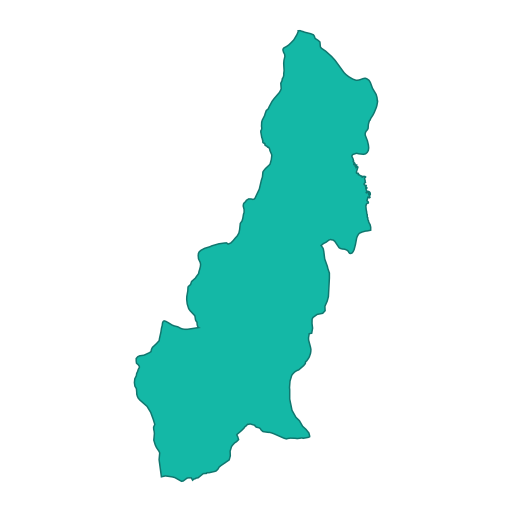 Sekadau, Kalimantan Barat, Indonesia
{"feature_id": "22746128B16160803458764", "entity_name": "Sekadau", "entity_type": "district", "adm_level": 2, "iso_a3": "IDN", "parent_name": "Indonesia", "parent_adm1": "Kalimantan Barat", "projection": "orthographic", "projection_center": [111.051, 0.054], "detail": "fine", "context": "isolated", "style": "filled", "palette": "teal", "viewbox_px": 512, "rotation_deg": 0, "n_neighbors": 0, "source": "geoboundaries", "source_scale": "gbopen_adm2", "svg_char_len": 6060}
<svg xmlns="http://www.w3.org/2000/svg" viewBox="0 0 512 512"><path d="M309.7,436.2L308.9,433.0L306.0,429.4L302.6,426.3L299.4,420.7L295.9,417.3L292.0,410.3L289.7,399.1L289.7,389.7L289.5,387.6L290.0,381.1L291.7,375.4L292.6,374.1L294.6,372.0L296.8,370.6L298.7,369.9L303.6,365.7L305.3,363.6L305.6,361.7L306.6,361.0L308.4,358.5L309.3,356.9L310.5,353.4L310.8,351.4L310.9,349.4L310.5,347.2L308.6,340.1L308.5,337.9L309.2,333.7L311.7,333.2L312.6,328.1L312.0,323.5L312.1,319.2L312.9,317.5L317.2,314.4L322.7,313.3L325.1,310.7L324.9,306.3L327.2,301.1L328.4,296.6L329.4,278.0L329.4,273.1L327.8,268.4L327.4,266.5L324.7,258.9L323.8,251.6L323.3,249.0L322.8,247.9L321.1,245.5L323.5,243.5L326.1,242.2L329.0,240.0L330.7,239.5L331.9,239.9L332.9,240.0L333.8,240.4L334.2,241.0L334.7,241.2L339.1,247.7L340.5,248.5L342.4,249.0L344.6,249.2L346.7,250.0L348.3,251.3L348.9,252.5L349.6,253.3L350.4,253.5L350.9,253.4L352.0,253.0L352.4,252.6L353.3,251.3L354.1,249.6L355.4,244.7L356.7,237.8L357.6,235.7L358.8,233.8L359.5,233.2L362.2,232.0L365.4,231.1L367.5,230.9L370.7,230.2L370.7,227.2L370.1,224.7L368.7,222.1L368.4,220.5L367.8,219.6L367.8,217.8L367.3,217.2L367.2,214.5L366.7,213.4L366.7,212.1L366.2,209.8L365.9,206.6L365.9,205.3L366.2,205.1L366.5,203.9L367.2,203.3L368.2,203.1L368.4,202.7L368.1,201.7L367.0,200.8L366.9,200.6L367.5,198.9L367.8,197.3L369.5,197.8L370.0,197.4L369.9,197.0L369.3,196.9L369.2,196.3L370.3,194.5L370.2,193.0L369.5,192.0L369.2,191.8L368.8,191.9L368.8,192.5L369.1,192.8L369.3,193.5L369.1,194.3L368.8,194.5L368.1,192.3L368.2,191.4L367.8,191.3L366.5,192.8L366.2,192.6L366.2,192.4L366.8,191.7L366.8,191.4L365.8,188.6L365.8,187.9L366.8,188.2L366.9,187.8L365.4,186.2L365.5,185.9L366.1,185.8L366.2,185.5L365.2,185.3L364.2,184.6L364.1,184.3L364.2,183.5L365.5,182.3L365.1,181.5L365.1,180.2L364.6,179.2L364.6,178.7L364.7,177.9L365.5,177.3L365.6,176.9L364.8,176.4L363.4,176.4L363.1,176.5L362.9,176.9L362.2,177.2L361.7,176.0L360.6,175.9L359.4,174.9L358.4,174.7L358.2,174.2L358.4,173.5L358.2,173.3L356.6,173.1L356.4,172.0L357.9,167.1L357.6,166.8L356.0,167.5L356.0,166.5L356.1,166.0L356.6,165.6L356.6,165.0L356.2,165.1L355.8,165.9L355.2,166.0L355.2,164.7L353.8,164.5L353.8,163.9L354.7,163.7L354.9,163.4L353.2,161.7L353.6,161.3L353.6,160.8L353.2,160.1L353.2,159.3L351.8,156.2L352.0,155.5L352.8,154.5L356.1,153.4L356.7,153.3L358.8,153.8L363.6,154.3L365.6,153.8L367.2,152.4L368.3,150.5L368.7,147.9L368.4,145.0L367.4,140.8L365.2,135.1L365.2,133.3L365.9,131.5L367.5,129.6L368.1,128.3L368.4,124.2L369.4,120.7L369.9,120.4L370.8,118.3L372.9,115.1L374.2,112.6L376.3,107.5L376.9,105.4L377.6,101.5L377.5,100.8L377.3,100.9L377.2,100.6L377.2,99.3L377.0,97.5L376.1,94.4L372.5,88.3L370.3,82.4L369.0,80.3L366.7,78.7L365.1,78.2L363.1,78.6L360.1,79.7L358.1,80.2L356.1,80.3L352.8,79.1L348.7,76.7L346.0,74.6L344.0,72.6L335.2,60.5L331.7,56.6L325.6,51.1L321.5,48.3L320.9,47.6L320.4,46.9L320.3,46.0L319.9,42.0L318.4,40.6L315.1,38.4L314.3,36.1L313.4,34.8L310.7,33.7L304.6,32.2L302.7,31.4L302.4,31.5L300.3,30.7L299.0,30.7L298.1,30.8L298.2,31.6L297.0,34.5L293.8,39.9L290.9,42.9L288.7,45.0L286.5,46.5L283.9,47.9L283.2,48.8L282.9,49.9L283.6,52.4L284.6,54.2L284.9,56.4L284.0,60.2L283.7,63.4L284.1,70.7L283.7,73.8L283.8,75.1L283.2,77.4L282.4,78.5L281.9,81.0L280.8,83.2L281.2,88.9L280.5,90.5L279.3,92.6L274.2,98.5L272.1,101.3L269.3,106.5L268.2,108.9L266.3,110.5L265.1,113.8L264.6,115.6L262.3,120.1L261.7,122.1L261.5,126.2L261.8,128.3L261.5,129.7L260.9,130.7L260.8,131.9L261.8,137.7L262.4,138.8L262.4,139.8L262.9,140.6L262.8,141.2L262.8,142.2L263.4,143.0L264.6,143.3L264.9,143.7L264.9,144.7L265.2,145.4L266.7,146.1L267.7,147.2L268.6,147.3L269.6,148.9L270.0,150.7L271.6,154.4L271.8,155.5L271.3,159.6L270.1,164.0L269.2,165.1L265.5,168.5L263.2,171.4L262.9,172.2L262.4,177.1L261.4,180.1L259.3,189.1L254.9,198.4L254.0,199.2L252.7,199.4L251.3,199.0L248.7,198.9L246.4,200.3L245.5,201.7L243.9,203.2L243.5,204.0L243.2,206.0L244.1,209.5L244.1,212.5L243.5,214.1L242.8,218.3L242.0,221.0L240.3,223.4L239.6,229.7L238.9,233.0L237.2,236.0L235.4,237.9L233.2,240.6L230.8,243.0L228.1,244.1L226.6,242.9L224.6,243.0L218.8,243.8L211.9,245.8L210.0,246.7L204.7,248.3L201.1,250.2L200.0,251.1L199.1,252.0L198.4,253.6L198.2,255.6L198.5,258.8L200.2,262.4L200.6,264.3L200.4,266.5L199.7,269.3L199.0,271.5L198.6,273.6L196.4,276.5L195.4,278.1L192.0,281.1L191.5,281.7L190.6,284.5L188.3,286.5L188.0,287.4L187.8,290.9L186.8,296.5L186.7,299.4L187.2,303.9L188.7,308.7L190.1,310.7L194.7,315.6L195.0,316.4L195.5,319.8L196.1,321.1L197.0,322.2L197.2,324.9L198.1,327.4L198.5,327.6L187.4,329.3L184.9,329.3L182.6,329.0L180.8,328.4L177.8,326.8L174.2,325.9L172.0,325.0L168.1,322.6L165.9,321.4L164.4,320.9L163.6,321.1L163.1,321.6L162.5,323.0L162.2,325.6L161.5,328.1L160.9,332.1L159.4,338.9L159.2,340.6L156.5,343.6L152.5,347.3L151.5,349.3L151.0,351.6L149.4,352.7L144.0,355.2L139.7,355.8L137.8,356.7L136.2,358.5L136.2,360.9L136.5,363.2L138.3,364.8L139.3,366.3L139.4,367.4L138.3,369.3L137.5,371.8L136.7,373.3L136.3,375.8L134.8,378.8L134.4,382.6L134.9,386.1L136.4,388.7L136.8,393.4L136.7,393.9L137.3,396.1L138.2,398.1L139.9,400.1L147.1,406.4L147.8,407.6L150.7,412.4L153.3,419.5L154.8,424.4L153.6,427.2L153.7,429.3L154.2,431.4L154.4,433.6L153.8,440.1L155.2,444.8L156.5,447.6L159.2,451.6L159.7,453.0L159.1,459.7L161.4,476.8L165.4,475.9L172.3,476.9L174.9,477.6L181.5,481.3L183.2,481.0L187.1,478.1L188.8,477.8L191.3,477.9L192.6,480.2L194.0,478.9L194.8,478.9L195.8,478.4L196.0,478.1L198.1,477.8L202.9,473.9L203.5,473.6L206.5,473.4L206.9,472.7L209.2,472.7L214.8,471.4L216.2,470.9L217.9,469.2L219.1,467.1L220.9,465.6L229.2,459.9L230.3,455.8L230.1,451.2L231.5,446.6L232.5,445.2L234.6,442.9L236.5,441.7L238.6,439.6L237.7,436.7L236.9,435.2L236.9,434.5L241.6,430.5L244.0,428.1L244.8,426.8L246.0,426.0L247.6,424.3L248.7,424.3L250.1,423.9L254.8,425.3L255.2,426.2L256.2,427.1L259.4,427.9L260.3,428.6L261.0,429.8L262.6,431.3L263.1,431.6L268.5,432.4L269.1,432.3L271.3,432.8L274.0,433.8L284.0,438.2L286.4,438.9L288.2,438.4L290.3,438.1L295.4,438.3L297.2,438.6L302.0,437.9L303.1,438.3L308.2,437.4L309.6,436.8L309.7,436.2Z" fill="#14b8a6" stroke="#0f766e" stroke-width="1.5"/></svg>